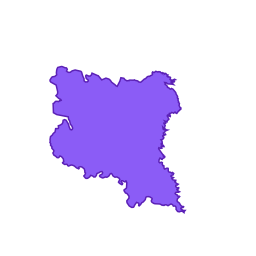 the district of West Mamprusi Municipal, Northern, Ghana, rotated 301°
{"feature_id": "2480657B90334619080238", "entity_name": "West Mamprusi Municipal", "entity_type": "district", "adm_level": 2, "iso_a3": "GHA", "parent_name": "Ghana", "parent_adm1": "Northern", "projection": "natural_earth1", "projection_center": [-0.789, 10.298], "detail": "fine", "context": "isolated", "style": "filled", "palette": "violet", "viewbox_px": 256, "rotation_deg": 301, "n_neighbors": 0, "source": "geoboundaries", "source_scale": "gbopen_adm2", "svg_char_len": 5854}
<svg xmlns="http://www.w3.org/2000/svg" viewBox="0 0 256 256"><g transform="rotate(301 128 128)"><path d="M67.9,76.5L66.6,78.3L66.5,80.8L66.1,82.4L66.5,83.4L67.1,83.9L69.0,84.1L69.2,85.7L68.3,88.4L66.0,90.3L64.7,89.7L64.5,89.8L64.2,90.3L64.1,92.4L65.4,94.2L65.4,94.7L64.7,95.7L64.8,96.7L67.0,98.3L67.6,99.8L67.8,101.6L67.3,104.4L67.6,106.8L68.1,106.9L68.3,106.3L69.0,106.0L70.4,107.2L70.8,108.4L70.5,111.4L69.0,113.1L67.9,113.7L67.5,114.8L65.6,115.2L64.3,114.8L63.9,115.1L63.2,117.3L63.2,118.0L64.1,119.3L66.3,120.3L68.2,120.4L68.7,122.4L68.4,124.0L69.2,125.1L71.0,125.3L73.0,124.8L74.8,126.2L76.3,126.9L77.3,128.1L76.5,129.4L75.4,129.5L74.6,129.3L73.3,128.3L72.2,128.3L71.8,129.1L72.0,131.7L72.5,132.4L74.3,133.8L74.9,135.2L75.4,135.6L76.9,136.3L79.6,136.4L80.4,137.0L80.3,138.0L79.2,139.8L79.1,141.0L79.1,142.1L80.3,143.7L80.4,146.1L79.7,147.5L76.7,147.7L76.2,149.2L76.2,151.8L76.6,152.2L77.5,152.1L78.6,149.7L79.4,149.6L80.0,150.5L80.1,152.8L80.5,153.4L81.5,153.4L81.6,153.7L80.4,155.2L76.0,157.5L75.3,157.5L72.9,156.5L72.2,156.9L71.0,159.3L71.3,160.9L70.1,163.9L68.4,164.9L64.9,164.5L63.4,165.7L61.8,169.2L61.8,171.3L61.9,172.2L62.8,173.4L63.3,173.6L65.9,173.4L68.7,173.7L69.0,175.9L68.6,176.4L67.0,177.1L67.0,177.7L68.8,178.2L71.1,178.3L72.6,179.2L75.5,179.7L77.8,179.0L78.8,179.5L79.8,181.0L80.2,182.3L80.1,184.8L79.5,185.3L78.0,185.3L77.2,185.8L76.7,186.7L76.6,188.8L76.9,190.0L79.2,194.3L79.7,197.8L80.9,199.0L80.0,198.3L80.2,198.8L81.3,199.4L81.9,200.3L82.0,202.3L84.8,203.8L85.2,204.6L85.1,206.0L84.4,207.1L85.3,208.4L85.3,209.2L84.5,210.3L83.0,211.1L82.0,213.5L82.5,215.1L84.0,216.3L84.6,217.5L84.3,219.6L85.2,219.2L86.7,219.4L85.9,218.0L85.8,217.4L85.8,215.4L86.4,214.6L86.9,214.7L88.2,216.1L89.1,216.3L89.2,215.8L88.6,214.9L88.6,214.1L89.1,212.4L90.1,210.8L90.4,208.2L90.9,207.5L92.9,206.8L95.8,207.6L95.9,206.9L95.2,205.5L96.0,204.6L95.8,202.9L96.3,202.0L97.7,202.3L98.9,204.3L99.9,205.0L99.9,202.9L100.4,201.6L100.9,201.6L101.1,202.3L102.0,202.6L103.0,202.2L103.4,201.7L102.4,202.2L102.0,201.8L102.2,199.7L102.5,198.9L103.6,198.5L104.5,199.6L105.7,200.0L105.5,198.7L105.8,196.3L106.3,195.7L107.0,196.2L107.8,195.9L106.7,193.5L106.9,192.3L107.4,191.5L108.2,192.3L108.9,192.5L108.6,191.6L108.8,189.6L109.6,189.5L111.0,190.8L112.6,190.6L112.8,189.1L111.9,188.9L112.0,187.3L111.4,186.2L111.5,185.4L111.8,184.7L113.9,183.4L114.1,182.9L113.5,181.9L111.8,180.7L111.7,180.3L112.1,179.6L114.1,178.2L114.1,177.5L113.7,177.3L114.4,176.1L116.0,175.3L116.0,174.4L115.7,173.9L115.0,173.7L114.5,172.9L114.9,171.9L116.8,171.0L118.7,170.9L118.9,171.8L118.4,172.6L118.7,173.5L119.7,173.4L121.0,174.3L122.2,174.5L122.5,174.1L122.1,173.6L122.1,172.7L122.4,172.4L123.0,172.6L123.3,171.1L126.0,164.9L127.0,164.6L127.4,166.7L128.2,167.4L128.6,166.5L129.4,165.8L129.8,165.8L130.4,166.4L129.9,167.2L130.6,168.4L131.3,167.3L131.3,164.7L131.8,164.5L132.5,165.3L134.3,163.9L134.9,162.3L136.2,163.6L138.0,163.8L138.6,163.3L138.5,162.3L139.2,161.8L141.7,163.7L142.1,163.1L140.9,161.8L141.9,160.9L143.5,161.6L144.5,161.4L146.6,162.9L145.7,160.7L146.3,160.6L146.4,159.8L146.1,159.5L145.1,159.5L145.1,158.8L146.7,157.4L146.5,158.1L146.8,159.2L149.3,158.6L150.5,156.3L150.9,156.3L150.7,157.3L151.4,157.9L152.3,157.5L152.9,156.0L153.3,158.3L154.6,157.9L156.4,158.6L157.2,157.9L157.4,157.0L158.1,156.5L158.5,155.4L159.3,155.2L159.8,155.5L159.8,155.9L159.4,156.4L159.6,158.3L160.2,158.1L160.9,156.3L161.7,155.9L162.1,156.3L162.0,156.9L163.9,157.5L164.2,159.6L165.4,159.8L165.9,160.3L165.4,161.7L165.6,162.3L168.8,162.6L169.2,163.0L170.6,163.0L170.7,163.4L171.5,163.6L172.5,162.9L172.3,162.2L173.6,160.2L175.6,159.4L176.0,158.0L176.5,158.0L177.4,156.7L178.7,156.0L178.8,155.6L179.1,155.7L179.4,154.7L180.6,154.2L181.8,151.9L183.0,150.6L184.4,146.7L184.3,144.9L183.3,144.6L183.1,144.1L183.4,142.7L183.2,140.9L183.8,140.6L184.5,138.7L184.4,137.5L185.1,137.3L185.9,136.0L186.5,137.4L186.3,139.4L188.2,143.0L188.7,144.6L189.1,143.2L189.2,141.5L190.4,140.9L190.2,142.6L190.8,142.2L190.6,143.0L191.4,143.9L191.7,143.9L191.8,143.3L192.9,142.8L193.8,143.7L193.8,142.8L192.0,141.6L191.2,139.7L191.3,139.0L193.0,138.6L193.3,138.1L192.8,136.4L192.4,136.2L192.4,135.1L194.0,135.0L193.5,133.7L193.9,133.1L193.9,132.4L194.1,132.6L194.2,132.3L193.9,131.6L193.2,131.4L193.4,131.3L193.3,130.0L193.1,130.2L192.3,129.5L192.8,129.0L192.4,127.8L192.7,126.6L192.4,126.3L192.3,125.5L191.4,124.8L190.9,122.6L189.1,121.9L188.7,120.3L187.8,120.7L187.5,120.4L186.8,121.3L185.5,121.2L184.3,120.2L183.4,120.0L183.0,119.1L182.0,118.2L179.3,117.6L178.4,116.8L174.4,115.6L173.5,115.0L173.0,113.1L173.4,112.2L172.5,109.5L172.5,108.6L171.8,108.1L170.0,104.9L169.5,104.4L169.1,104.5L168.7,103.7L167.9,102.8L167.8,100.7L168.5,98.8L167.4,96.0L164.1,96.9L158.1,97.3L158.0,96.0L158.4,94.5L158.8,90.4L159.8,88.3L160.1,86.5L159.4,83.4L155.7,80.7L157.5,75.5L157.3,75.1L156.5,68.9L154.8,69.3L153.2,68.9L152.3,67.7L152.0,65.2L151.4,64.8L150.6,65.0L148.9,66.8L148.6,69.1L148.0,69.7L146.7,69.5L145.5,67.8L145.8,66.1L147.7,64.8L149.1,62.6L152.0,59.4L152.3,58.3L150.5,52.8L148.2,50.7L146.0,49.8L145.1,48.5L144.9,47.2L145.1,46.0L147.1,45.7L147.8,44.3L147.2,43.0L146.8,40.1L146.4,39.2L143.7,36.6L142.2,36.7L140.8,37.1L138.4,38.2L136.8,39.5L134.5,38.7L133.1,37.0L132.2,36.5L129.2,36.4L128.2,36.9L127.6,38.1L127.8,44.3L122.9,49.0L121.7,49.7L120.6,50.0L118.5,49.6L117.7,53.3L117.8,55.7L117.3,56.5L116.4,55.8L116.2,55.2L115.7,55.3L114.9,54.9L114.3,53.3L113.4,52.1L111.3,51.8L110.4,51.2L102.7,56.2L102.8,60.0L106.8,71.0L104.7,72.8L104.2,74.1L101.6,76.7L100.8,78.8L99.9,80.1L98.8,80.9L97.4,80.7L97.0,79.3L98.8,76.8L100.8,74.7L102.8,70.9L102.5,69.3L101.2,68.4L99.2,69.3L97.7,69.4L95.7,68.5L94.0,67.1L92.4,68.4L91.6,68.4L90.2,66.3L87.1,67.5L84.6,66.7L83.2,66.8L80.7,66.0L78.0,67.1L76.5,68.2L75.4,68.5L74.7,69.9L73.3,70.5L72.8,72.3L71.4,73.2L70.6,75.9L69.5,76.5L67.9,76.5Z" fill="#8b5cf6" stroke="#5b21b6" stroke-width="1.5"/></g></svg>